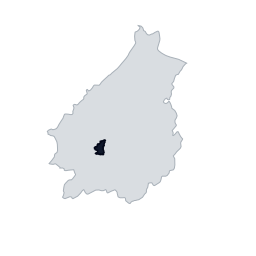 location of Kirawsk, Mogilev, Belarus, rotated 128°
{"feature_id": "67162791B61593564131840", "entity_name": "Kirawsk", "entity_type": "district", "adm_level": 2, "iso_a3": "BLR", "parent_name": "Belarus", "parent_adm1": "Mogilev", "projection": "robinson", "projection_center": [29.561, 53.344], "detail": "fine", "context": "in_parent", "style": "filled", "palette": "ink", "viewbox_px": 256, "rotation_deg": 128, "n_neighbors": 0, "source": "geoboundaries", "source_scale": "gbopen_adm2", "svg_char_len": 6673}
<svg xmlns="http://www.w3.org/2000/svg" viewBox="0 0 256 256"><g transform="rotate(128 128 128)"><path d="M204.6,168.3L200.8,168.1L196.3,168.2L193.7,169.6L190.9,168.9L189.0,169.7L184.5,173.5L182.7,175.5L181.1,178.7L180.1,181.1L180.6,182.7L181.5,184.2L181.7,185.9L182.1,187.2L181.0,188.1L180.4,189.5L178.5,189.2L176.1,187.9L175.6,186.1L173.8,184.7L172.6,184.1L170.7,184.0L167.6,184.6L163.5,185.0L160.4,185.2L158.7,185.8L156.3,186.5L155.3,185.7L153.9,183.6L152.8,181.5L152.0,180.5L151.4,180.3L150.5,180.3L149.6,181.0L148.9,181.7L146.3,182.5L145.2,183.2L143.9,185.2L143.1,185.1L142.2,184.6L141.3,182.4L139.9,181.9L137.8,181.9L135.1,181.4L132.9,180.8L132.1,180.9L130.8,181.9L129.4,182.0L126.4,181.2L125.8,181.5L124.0,184.0L123.2,184.1L122.7,183.8L123.0,181.7L121.2,180.9L118.3,180.8L116.1,181.1L115.1,181.0L114.6,180.6L112.1,177.1L110.7,176.9L108.3,177.1L104.7,176.6L100.6,175.9L98.3,175.6L97.1,174.8L94.6,174.5L87.8,173.0L85.0,172.8L80.9,172.7L74.6,172.4L70.6,172.6L68.7,173.1L66.6,173.4L59.1,173.8L56.4,174.2L55.6,174.9L54.7,176.5L51.6,179.3L48.5,181.2L48.0,181.4L46.3,180.4L44.8,180.0L43.1,179.9L41.9,180.2L41.1,180.7L41.1,182.9L41.0,183.1L39.7,180.5L39.9,178.2L40.7,176.9L41.6,175.7L41.3,173.9L42.3,171.5L42.4,169.8L42.0,169.1L41.4,168.2L39.5,167.3L38.6,166.5L36.0,165.6L33.5,164.3L33.1,163.6L33.2,163.1L33.7,162.3L35.8,160.0L38.0,157.8L39.4,156.9L46.8,154.0L47.9,153.0L48.3,151.3L48.3,147.9L47.9,144.8L47.5,142.6L46.2,138.6L42.7,130.3L40.8,121.7L42.3,122.2L45.7,122.4L48.4,121.8L49.9,121.7L51.1,121.9L54.7,121.4L55.6,122.2L57.2,122.9L60.4,121.9L63.2,120.7L66.1,120.8L66.6,120.2L67.4,117.1L68.3,116.5L71.7,116.8L73.0,116.2L74.4,114.7L76.5,113.8L78.2,113.8L80.0,112.7L80.8,113.4L81.2,114.7L80.6,115.7L80.9,116.1L82.1,116.6L84.2,116.6L85.6,116.2L85.9,115.6L85.9,114.5L85.6,113.6L84.7,112.7L83.1,112.3L81.9,112.3L81.7,111.7L82.1,110.6L83.2,108.5L84.5,106.6L85.3,105.8L85.5,105.2L85.4,104.0L85.4,101.9L86.6,99.0L88.2,96.8L90.2,96.1L92.8,95.8L94.4,94.7L95.2,93.6L95.9,91.7L96.7,91.4L102.8,91.6L103.7,89.8L104.3,89.2L105.4,88.7L106.3,88.1L106.0,87.6L104.4,87.2L100.8,87.0L100.1,86.3L100.3,85.6L101.3,83.7L102.3,81.3L102.8,79.4L102.9,78.3L103.4,78.0L106.4,77.7L107.4,77.3L110.0,74.7L111.9,74.3L116.9,75.0L119.2,74.9L122.1,75.1L122.3,74.8L123.4,72.3L128.3,68.3L131.0,66.8L132.6,66.5L133.2,66.6L135.8,68.8L136.5,68.8L138.2,67.9L141.3,67.9L142.7,68.6L144.7,71.2L145.7,71.5L148.7,70.1L150.3,69.6L151.4,69.6L157.0,71.6L157.4,72.3L157.4,73.1L156.5,75.5L157.7,76.9L159.0,77.9L161.9,76.3L163.0,75.8L164.1,75.8L165.7,75.2L166.8,74.3L167.9,73.9L169.9,74.2L173.6,73.9L178.0,75.4L178.3,75.8L180.5,77.5L181.3,78.4L182.0,78.6L183.1,79.5L184.7,80.0L185.8,79.8L186.3,80.1L186.7,80.7L186.8,81.8L186.7,85.0L185.1,86.6L184.9,87.2L185.0,87.9L186.3,89.3L187.9,91.4L188.2,92.6L188.3,93.5L186.1,96.3L185.4,96.9L184.9,98.3L184.7,99.7L184.8,100.3L188.5,102.5L191.2,103.7L191.8,104.3L191.8,104.7L190.4,107.0L190.3,107.7L192.4,108.7L193.7,110.2L194.7,112.7L196.8,115.2L204.5,118.7L205.2,119.4L205.4,120.1L205.2,121.8L203.8,124.9L205.2,125.4L208.5,125.3L212.7,125.7L217.6,127.9L217.7,128.9L217.2,129.8L217.5,130.8L218.1,131.6L222.4,134.1L222.8,134.9L222.9,136.1L222.8,137.0L221.6,137.2L220.3,137.6L218.2,138.6L217.4,140.2L213.9,142.2L211.8,143.2L210.1,143.2L206.0,142.8L204.5,141.8L203.9,140.8L202.3,140.4L200.3,140.4L197.4,140.5L196.8,140.8L196.3,142.0L195.1,143.9L194.3,145.1L198.0,149.0L199.8,150.6L200.4,151.6L200.4,152.3L199.5,153.1L199.7,154.8L201.5,157.0L200.9,157.3L200.8,160.0L200.8,162.9L201.3,163.6L202.3,164.2L203.1,165.2L204.5,167.6L204.6,168.3Z" fill="#d9dde1" stroke="#a8b0b8" stroke-width="1"/><path d="M164.4,131.2L164.1,131.1L163.9,131.1L163.7,131.1L163.4,131.3L163.2,131.6L163.2,131.8L163.2,132.0L162.9,131.9L162.7,131.8L162.4,131.9L162.1,131.8L161.9,132.0L161.7,132.3L161.5,132.5L161.4,132.7L161.3,132.8L161.2,132.9L161.0,133.1L160.9,133.2L160.8,133.3L160.7,133.5L160.5,133.8L160.5,134.0L160.4,134.1L160.4,134.3L160.3,134.5L160.0,134.6L159.9,134.6L159.7,134.7L159.6,134.8L159.4,134.9L159.2,135.1L158.9,135.4L158.8,135.6L158.7,135.7L158.4,135.7L158.2,135.7L158.2,135.9L158.3,135.9L158.3,136.1L158.2,136.1L157.9,136.2L157.6,136.3L157.4,136.3L157.2,136.3L157.1,136.2L156.8,136.0L156.7,135.9L156.4,136.0L156.2,136.3L156.1,136.5L155.9,136.8L155.7,137.0L155.4,136.9L155.2,136.9L155.0,137.0L154.9,137.2L154.8,137.3L154.5,137.4L154.3,137.5L154.2,137.5L154.0,137.4L153.8,137.4L153.5,137.4L153.3,137.5L153.1,137.6L152.9,137.8L152.7,138.1L152.4,138.3L152.2,138.6L151.9,138.4L151.7,138.3L151.6,138.5L151.8,138.8L151.8,139.0L152.0,139.1L152.1,139.3L152.4,139.3L152.5,139.4L152.5,139.5L152.8,139.6L153.0,139.8L153.3,139.8L153.7,139.8L153.8,139.9L153.8,140.1L154.0,140.2L154.1,140.4L154.1,140.5L154.3,140.7L154.4,140.8L154.5,140.7L154.8,140.4L155.0,140.5L155.0,140.8L154.9,140.9L154.9,141.0L155.0,141.2L155.1,141.3L155.3,141.5L155.6,141.7L155.8,141.6L156.0,141.4L156.2,141.1L156.0,140.9L155.8,140.8L155.6,140.8L155.5,140.7L155.4,140.6L155.5,140.5L155.8,140.4L156.1,140.5L156.5,140.5L156.9,140.6L157.1,140.6L157.4,140.8L157.6,140.9L157.9,140.9L158.0,140.9L158.2,140.7L158.3,140.6L158.5,140.6L158.6,140.8L158.5,141.0L158.6,141.3L158.7,141.5L158.8,141.6L158.9,141.8L159.0,141.9L159.2,142.0L159.5,142.0L159.9,141.9L160.0,141.9L160.2,141.6L160.3,141.5L160.5,141.5L160.6,141.4L160.8,141.4L160.9,141.2L161.0,141.2L161.3,141.2L161.5,140.9L161.8,140.8L162.0,140.8L162.1,141.0L161.9,141.2L161.9,141.4L162.1,141.5L162.2,141.4L162.4,141.3L162.5,141.4L162.6,141.6L162.6,141.8L162.7,142.0L162.9,142.0L163.2,142.0L163.5,142.2L163.5,142.3L163.9,142.4L164.1,142.4L164.3,142.3L164.4,142.1L164.4,141.8L164.7,141.8L164.9,141.6L164.6,141.2L164.5,140.9L164.9,140.7L165.1,140.5L165.2,140.4L165.1,140.2L165.1,139.9L165.1,139.7L164.9,139.3L164.8,139.1L164.7,138.8L164.7,138.7L164.7,138.4L164.4,138.1L164.6,137.8L164.8,137.7L165.0,137.7L165.3,137.5L165.4,137.4L165.4,137.2L165.5,137.1L165.7,136.9L165.9,136.9L166.2,136.8L166.3,136.8L166.5,136.9L166.5,137.1L166.5,137.3L166.7,137.5L166.9,137.4L167.0,137.3L167.1,137.2L167.3,137.0L167.7,137.2L167.7,137.4L167.6,137.6L167.4,137.7L167.3,137.8L167.6,138.0L167.8,138.0L168.0,138.0L168.0,137.8L168.0,137.5L168.1,137.4L168.0,137.2L167.8,137.0L167.7,136.9L167.6,136.7L167.8,136.5L167.8,136.4L167.6,136.3L167.5,136.2L167.4,136.2L167.2,136.2L166.8,136.0L166.7,136.0L166.6,135.9L166.7,135.7L166.8,135.6L166.7,135.4L166.6,135.2L166.4,134.9L166.5,134.8L166.4,134.7L166.2,134.5L166.2,134.4L166.3,134.3L166.4,134.2L166.2,133.9L165.9,133.7L165.7,133.7L165.3,133.7L165.2,133.5L165.3,133.4L165.6,133.2L165.7,132.9L165.3,132.7L165.2,132.6L164.9,132.5L164.8,132.3L164.7,132.2L164.6,131.9L164.6,131.7L164.5,131.4L164.4,131.2L164.4,131.2Z" fill="#0f172a" stroke="#020617" stroke-width="1.5"/></g></svg>